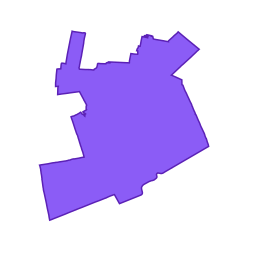 Valea Mare, Olt, Romania (Robinson projection), rotated 188°
{"feature_id": "2599482B3118512765099", "entity_name": "Valea Mare", "entity_type": "district", "adm_level": 2, "iso_a3": "ROU", "parent_name": "Romania", "parent_adm1": "Olt", "projection": "robinson", "projection_center": [24.453, 44.454], "detail": "fine", "context": "isolated", "style": "filled", "palette": "violet", "viewbox_px": 256, "rotation_deg": 188, "n_neighbors": 0, "source": "geoboundaries", "source_scale": "gbopen_adm2", "svg_char_len": 5632}
<svg xmlns="http://www.w3.org/2000/svg" viewBox="0 0 256 256"><g transform="rotate(188 128 128)"><path d="M205.3,62.6L203.9,57.6L203.4,56.2L203.2,55.2L202.9,54.3L202.0,52.1L198.2,41.7L197.8,40.4L196.7,37.2L194.2,30.5L193.8,29.0L192.8,26.0L192.7,25.8L191.0,26.7L188.8,28.0L185.6,29.8L178.2,34.0L175.2,35.8L166.7,40.7L162.2,43.2L150.0,50.2L146.8,51.9L141.7,54.8L141.1,55.2L140.5,55.4L139.8,55.8L139.6,56.0L137.1,57.6L135.7,58.4L132.3,60.2L132.2,60.2L125.9,51.9L105.9,63.4L105.5,63.7L105.3,63.9L104.9,64.4L104.8,64.8L104.7,65.0L104.7,65.5L104.8,66.3L106.0,69.3L106.1,69.6L106.2,70.2L106.3,70.5L106.3,71.0L106.2,71.5L106.0,72.1L105.7,72.8L105.5,73.1L105.2,73.5L104.6,74.2L99.8,77.8L99.5,78.0L98.9,78.3L98.4,78.6L97.5,79.1L97.0,79.2L96.5,79.4L96.2,79.5L95.1,80.1L94.8,80.3L94.6,80.5L93.4,81.8L93.0,82.2L92.8,82.6L92.6,83.0L92.6,83.3L92.6,83.8L92.7,84.2L93.2,85.4L93.3,85.9L93.3,86.1L93.2,86.5L93.0,86.9L92.8,87.1L92.7,87.3L92.3,87.5L92.2,87.6L91.8,87.6L91.6,87.6L90.9,87.6L89.2,87.5L88.9,87.5L88.5,87.6L88.2,87.7L87.7,87.9L87.1,88.2L86.6,88.6L85.7,89.4L84.2,90.6L45.6,121.0L45.9,121.7L46.0,122.2L46.4,123.1L47.6,125.3L48.4,127.2L48.7,127.7L49.0,128.5L49.5,128.9L50.5,130.6L51.1,132.0L51.7,133.2L53.5,135.9L54.4,137.3L56.3,140.1L57.7,142.7L59.9,146.1L61.2,148.3L61.8,149.3L62.3,150.3L63.0,150.7L62.9,150.8L63.9,152.6L64.1,153.0L64.7,153.8L66.4,156.6L67.3,158.3L67.6,158.6L68.4,160.3L69.0,161.2L69.8,162.3L70.6,163.5L72.3,166.2L73.5,168.0L75.1,170.6L76.7,172.8L77.7,174.5L79.3,177.5L79.7,178.1L80.6,178.4L81.4,183.2L92.4,186.4L92.2,186.6L85.0,195.6L84.5,196.1L84.3,196.5L84.2,196.7L83.9,197.1L83.4,197.6L83.0,198.1L82.5,198.6L75.0,207.7L74.4,208.5L71.9,211.6L71.2,212.5L70.5,213.5L69.3,214.8L68.8,215.6L68.5,215.9L82.3,224.3L86.6,227.0L89.5,228.8L91.7,230.2L92.5,228.9L92.8,228.5L94.0,227.2L94.9,226.2L96.0,224.8L96.1,224.6L99.8,220.2L100.1,219.7L100.2,219.3L100.1,219.1L100.3,219.1L103.7,219.2L104.8,219.3L105.6,219.3L105.8,219.3L112.9,219.5L114.3,219.6L115.1,219.7L115.4,219.8L115.5,220.2L115.5,220.4L115.6,220.6L116.0,221.3L116.2,222.1L117.5,222.1L117.4,222.6L122.4,223.0L122.7,222.6L123.0,222.2L123.5,221.9L124.1,221.9L124.6,221.7L124.7,221.3L124.4,221.1L123.8,221.1L122.9,221.3L122.5,221.4L122.1,221.7L121.7,222.1L121.4,222.2L121.1,222.0L120.9,221.8L120.9,221.6L121.0,221.3L121.2,221.1L121.3,220.8L121.1,220.3L121.1,220.1L121.9,220.2L123.4,220.3L126.8,220.5L127.1,216.5L127.2,213.5L127.4,210.5L127.6,210.4L128.1,210.6L129.0,210.7L129.0,210.2L129.1,209.5L129.1,209.3L129.2,208.9L129.6,208.0L129.9,207.6L130.2,205.7L129.1,205.7L128.8,204.0L128.6,202.5L128.7,202.4L129.6,202.3L131.7,202.1L132.9,202.1L135.5,202.1L135.9,194.6L135.8,193.6L135.7,192.9L135.7,192.7L155.7,190.8L154.7,190.2L154.9,190.0L155.1,190.0L156.9,189.8L157.8,189.7L158.3,189.6L158.7,189.1L158.7,188.9L158.8,188.5L159.8,188.4L164.4,187.9L165.9,187.9L166.8,187.7L167.1,187.2L167.1,185.6L167.4,183.6L167.6,183.1L167.9,182.9L169.6,181.5L169.8,181.3L169.8,181.2L169.8,180.8L169.9,180.7L170.0,180.7L170.4,180.6L172.2,180.6L173.1,180.6L176.8,180.2L178.1,180.0L183.9,179.5L184.3,179.5L184.7,180.4L184.9,180.8L184.9,181.2L184.7,181.7L184.7,184.0L184.6,185.1L184.4,189.4L184.1,193.0L184.1,194.6L183.7,205.6L183.8,207.4L183.8,208.3L183.7,211.0L183.5,212.9L183.3,215.6L183.4,215.9L183.6,216.1L183.9,216.2L184.4,216.2L184.7,216.2L185.0,216.1L185.3,216.1L185.5,216.0L185.9,215.9L186.3,215.8L188.2,215.9L191.1,215.9L195.1,215.9L196.2,216.0L196.5,216.0L196.8,216.1L197.4,208.8L198.3,192.6L198.5,184.8L198.5,182.9L200.3,183.1L202.0,183.1L202.8,182.9L203.0,182.3L203.0,180.8L202.8,177.2L205.3,176.8L206.5,176.5L206.6,176.4L206.4,170.7L206.1,167.0L206.0,162.8L205.5,159.0L202.8,159.6L202.8,159.2L203.0,159.0L203.0,157.8L202.3,151.3L199.0,152.3L197.6,152.7L194.5,153.5L189.7,154.9L181.1,157.3L181.0,157.1L179.9,155.6L176.7,151.2L176.4,150.9L175.5,149.4L174.4,148.1L173.9,147.4L173.8,147.1L173.2,146.5L173.0,146.2L172.9,146.0L172.8,145.8L172.7,145.7L172.4,145.3L172.2,145.0L172.2,144.7L172.3,144.5L172.2,144.4L172.4,143.3L172.4,143.2L172.4,142.9L172.3,142.6L172.2,142.3L172.2,141.9L172.2,141.7L172.1,141.2L171.9,140.8L171.8,140.6L171.6,140.4L171.7,140.2L172.8,139.4L173.1,139.1L173.8,138.6L174.4,138.1L174.7,137.9L174.9,137.8L174.9,137.7L174.6,137.3L173.7,136.9L173.3,136.7L172.8,136.5L172.0,136.0L172.1,135.9L172.7,135.4L172.6,135.2L172.5,134.9L172.6,134.7L172.4,134.1L172.4,133.7L172.7,133.9L172.9,134.0L173.1,134.2L173.4,134.5L173.6,134.7L173.8,135.0L174.2,135.4L174.7,135.4L174.8,135.4L175.1,135.2L175.5,135.5L175.8,135.8L176.2,136.3L176.6,136.6L176.9,136.9L177.0,137.0L177.3,137.0L177.4,136.8L177.9,136.3L178.4,135.8L179.3,135.2L180.7,134.0L181.1,133.9L181.5,133.7L182.1,133.2L182.9,132.7L183.3,132.3L184.2,132.1L185.0,131.7L185.3,131.6L186.0,131.2L185.1,129.4L184.8,128.8L184.3,127.9L182.9,125.1L182.0,123.2L181.2,121.6L181.0,121.1L178.4,115.9L178.1,115.3L177.8,114.8L177.1,113.9L176.7,113.1L176.1,111.7L175.9,111.2L175.7,110.8L174.4,108.1L174.2,107.6L174.0,107.1L173.1,105.3L172.6,104.1L172.1,103.2L171.6,102.3L171.4,101.8L171.2,101.3L170.6,100.0L170.1,99.1L169.3,97.6L169.0,96.8L168.7,96.1L168.1,94.8L167.8,93.9L167.4,93.1L167.9,92.9L168.6,92.7L169.4,92.5L172.5,91.3L177.2,89.8L177.8,89.8L178.3,89.6L179.7,89.0L180.2,88.7L180.4,88.5L181.1,88.2L182.5,87.8L183.0,87.5L183.7,87.2L185.9,86.4L186.1,86.4L186.3,86.4L186.5,86.3L188.5,85.7L190.5,85.1L190.9,85.0L193.5,84.1L194.6,84.0L194.8,83.8L195.5,83.6L197.4,83.1L198.4,82.8L202.3,81.4L209.0,79.4L210.4,78.9L210.0,78.2L209.6,77.2L208.6,74.6L208.6,74.2L208.1,72.6L207.8,71.4L207.1,69.3L206.9,68.6L206.7,67.9L206.3,66.4L206.1,65.8L206.1,65.2L206.0,64.9L205.5,63.3L205.3,62.6Z" fill="#8b5cf6" stroke="#5b21b6" stroke-width="1.5"/></g></svg>